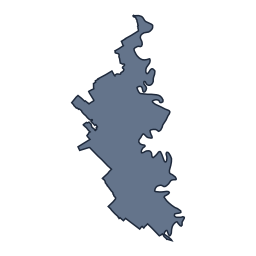 Gorban, Iasi, Romania
{"feature_id": "2599482B38258356055688", "entity_name": "Gorban", "entity_type": "district", "adm_level": 2, "iso_a3": "ROU", "parent_name": "Romania", "parent_adm1": "Iasi", "projection": "orthographic", "projection_center": [28.07, 46.911], "detail": "fine", "context": "isolated", "style": "filled", "palette": "slate", "viewbox_px": 256, "rotation_deg": 0, "n_neighbors": 0, "source": "geoboundaries", "source_scale": "gbopen_adm2", "svg_char_len": 5853}
<svg xmlns="http://www.w3.org/2000/svg" viewBox="0 0 256 256"><path d="M171.9,240.6L171.2,239.5L168.2,236.9L164.7,234.5L164.3,233.9L164.3,233.2L164.6,232.3L165.9,230.6L166.8,230.4L167.3,231.2L168.2,233.8L169.2,235.5L169.6,235.8L170.0,235.6L170.6,234.9L171.3,233.2L171.6,229.5L172.1,227.3L172.5,226.1L173.4,224.5L174.8,222.9L176.4,221.9L176.9,221.8L177.5,222.3L178.0,223.3L180.0,225.5L181.1,226.1L182.1,225.1L182.1,222.1L184.2,218.4L184.3,217.3L182.9,216.7L181.0,217.3L176.5,217.3L175.7,217.0L174.6,216.2L174.4,215.7L174.5,214.6L174.7,214.0L175.7,213.6L179.1,213.1L180.6,212.6L180.9,212.3L180.7,210.9L177.5,208.6L174.9,207.5L171.8,205.4L168.6,202.7L166.6,200.7L164.1,197.2L164.6,196.2L167.9,194.3L168.9,193.4L169.3,192.6L168.9,191.9L168.1,191.5L166.6,191.4L162.3,191.9L159.8,192.0L155.6,191.6L154.7,191.0L154.9,189.7L155.3,188.4L156.1,187.2L157.0,186.3L158.6,185.6L160.6,185.2L161.7,185.4L164.0,186.6L165.3,186.4L166.5,185.7L168.6,183.8L170.8,180.6L172.1,180.0L173.6,179.7L175.6,179.7L176.1,179.5L176.2,179.0L176.1,178.5L175.3,177.0L172.5,174.8L170.5,173.8L170.0,173.4L169.5,172.6L169.4,170.4L170.8,165.2L171.4,161.9L171.5,158.7L171.1,157.6L170.4,155.8L169.0,153.5L168.1,152.5L167.3,152.3L166.8,152.3L166.3,153.0L166.1,154.1L166.8,156.7L166.9,158.3L166.6,160.6L166.1,161.7L165.3,162.0L164.9,161.8L164.2,161.0L161.8,154.4L160.6,152.0L160.2,151.6L159.3,151.6L158.4,152.2L157.5,153.5L155.5,155.7L153.3,157.6L152.8,157.5L152.2,157.0L151.8,155.7L151.6,153.6L151.2,152.5L150.4,151.5L149.6,151.0L148.7,150.8L146.8,150.9L145.5,151.3L143.6,152.4L142.3,152.8L141.5,152.7L141.3,151.4L141.6,150.1L142.8,148.1L144.4,146.9L145.0,146.3L145.0,145.8L144.8,145.4L144.4,145.1L142.0,144.7L140.2,143.9L138.9,142.2L138.8,141.0L139.1,139.7L141.1,137.0L141.6,135.8L143.0,134.0L143.4,133.9L144.2,134.3L146.7,136.9L148.1,137.6L151.1,138.1L152.1,137.8L152.1,137.1L151.8,136.0L150.9,134.3L150.2,131.9L150.0,130.8L150.1,130.5L151.1,129.8L153.3,129.4L155.8,129.5L156.7,129.9L158.5,131.3L159.4,131.0L160.7,130.0L162.1,127.4L162.8,124.9L166.1,119.9L168.0,115.7L169.2,114.0L169.8,112.4L169.8,111.6L169.3,110.9L168.6,110.4L165.0,109.0L161.2,107.0L155.5,104.4L153.4,102.9L152.5,101.9L152.4,101.4L152.5,101.0L152.9,100.7L154.2,100.1L155.9,99.7L157.5,99.9L158.7,100.4L159.0,100.6L159.7,102.1L160.3,102.6L161.2,102.6L162.7,101.9L163.0,101.1L163.0,99.9L161.7,97.6L160.2,96.1L158.6,95.3L156.6,94.8L151.4,94.3L147.5,94.3L140.2,93.5L139.0,92.4L137.7,90.0L137.1,88.2L137.0,87.6L137.2,87.3L139.0,86.4L140.8,86.5L141.6,87.0L142.1,87.9L143.0,91.5L143.8,92.1L144.6,91.9L145.0,91.6L145.9,90.3L146.3,89.1L146.5,88.3L146.1,86.9L144.0,84.0L143.8,82.7L143.9,81.8L144.2,81.4L145.0,81.6L145.4,81.9L146.1,83.5L147.0,84.6L148.2,85.2L149.0,85.3L150.0,85.2L151.4,84.5L152.4,83.3L153.2,81.6L153.3,78.5L153.6,77.2L154.6,74.2L154.7,73.3L154.9,71.1L154.6,70.5L153.1,69.1L152.5,68.8L152.0,68.8L151.5,68.9L150.4,69.7L148.4,72.8L147.4,73.6L147.0,73.7L146.3,73.1L145.8,71.9L145.9,69.2L146.4,67.6L146.9,66.8L149.4,63.3L149.9,62.0L150.1,60.3L149.8,59.0L149.4,58.8L146.8,59.6L144.6,59.9L142.4,59.7L140.4,58.8L138.9,57.7L136.9,55.6L136.0,54.2L134.3,50.9L134.0,48.9L135.0,47.8L137.2,46.6L138.4,46.3L140.5,46.6L141.6,46.0L142.2,44.4L142.1,42.7L141.8,41.4L140.7,39.1L140.5,38.3L140.3,37.5L140.6,35.8L141.0,35.1L142.2,33.9L144.0,32.8L148.6,32.0L150.1,31.1L151.6,29.6L152.3,28.6L152.6,27.7L152.7,25.7L152.5,25.1L151.4,24.2L145.8,21.6L144.6,20.5L143.2,18.1L142.0,16.8L141.1,16.3L138.7,15.6L133.8,15.7L133.6,15.4L133.0,15.9L133.5,16.7L135.6,17.4L136.2,19.0L136.9,20.0L137.0,21.4L137.7,23.4L137.8,24.6L138.2,25.4L137.6,26.2L138.0,27.0L137.9,28.1L138.3,29.0L138.4,30.9L131.2,35.4L125.4,38.6L125.5,38.8L121.4,41.3L121.8,42.1L122.8,44.8L123.4,45.7L118.8,48.7L114.9,50.9L115.2,51.5L115.1,52.3L115.4,52.9L118.3,53.7L118.9,54.2L119.1,55.0L118.9,56.5L119.1,57.4L119.5,58.3L120.3,63.1L121.3,63.4L122.4,64.1L123.9,64.0L124.5,64.6L124.5,65.2L124.3,65.5L123.0,66.7L122.5,67.3L122.6,68.1L123.6,68.9L123.9,69.5L123.7,70.2L123.1,71.3L120.9,72.7L120.7,73.8L120.4,74.1L119.4,74.2L117.0,73.9L115.4,74.8L114.8,75.5L114.8,75.8L114.6,75.7L114.2,75.1L111.9,71.0L105.7,74.7L98.0,78.8L98.3,79.1L95.3,80.9L95.6,82.1L95.6,82.3L94.9,82.6L94.3,83.3L93.5,83.5L93.6,87.7L93.8,88.8L91.6,89.8L88.7,91.4L89.4,93.0L93.8,100.1L93.8,100.5L93.7,100.8L90.3,102.9L89.0,103.9L87.8,102.8L87.7,102.9L85.3,100.9L84.7,101.3L81.4,98.2L78.0,95.5L76.2,97.1L71.7,102.7L73.6,104.8L74.0,105.7L74.9,106.5L76.0,107.8L76.5,108.1L76.9,107.9L78.6,109.2L78.8,108.9L79.8,109.3L81.6,110.8L81.7,111.5L82.7,112.8L84.2,114.4L85.7,115.6L87.4,117.7L89.4,119.5L90.6,120.1L91.6,119.6L92.1,119.6L92.3,119.8L92.3,120.2L91.1,121.4L94.8,125.3L95.8,124.6L97.4,126.9L96.3,127.7L96.6,128.4L96.4,128.6L96.6,129.1L95.8,129.5L95.8,130.2L95.3,130.5L94.8,130.1L94.8,129.4L93.3,128.5L92.7,127.7L91.8,127.0L91.1,124.4L90.8,123.7L89.8,123.0L89.0,122.1L87.5,122.9L86.4,122.4L83.3,124.6L83.4,125.1L84.0,125.7L84.6,126.0L84.9,126.5L86.4,127.7L88.6,130.6L90.1,131.9L88.9,132.7L88.1,134.3L87.8,134.4L86.9,135.6L87.5,136.6L90.0,139.4L78.0,146.8L79.7,150.4L89.1,147.5L89.7,147.6L98.0,156.1L101.8,159.6L107.7,165.8L111.5,169.2L108.9,171.9L107.8,173.4L102.6,178.2L102.9,178.3L103.2,178.8L103.2,179.3L103.9,179.5L104.9,180.9L105.3,181.9L105.3,182.8L105.7,183.1L106.0,183.7L106.8,184.6L107.1,185.5L107.4,185.5L107.4,185.8L108.7,187.3L109.2,187.9L109.5,188.7L110.0,189.0L111.2,190.8L112.6,192.3L112.9,192.8L113.0,194.0L113.6,194.6L113.8,195.6L114.3,196.4L115.4,197.4L115.3,197.5L115.6,198.6L115.4,199.1L113.0,201.9L108.2,206.5L110.6,208.8L111.5,210.1L114.8,213.6L118.1,216.6L118.1,217.1L118.9,218.0L119.1,218.5L119.5,218.3L120.0,217.7L123.4,220.7L125.6,218.4L139.7,229.1L141.3,227.0L142.1,226.4L143.8,228.0L145.2,226.1L145.7,225.8L147.6,223.9L151.7,227.9L159.3,235.8L161.4,234.7L162.3,233.9L163.0,234.5L164.0,236.5L166.3,238.6L166.7,239.3L167.1,239.2L171.9,240.6Z" fill="#64748b" stroke="#1e293b" stroke-width="1.5"/></svg>